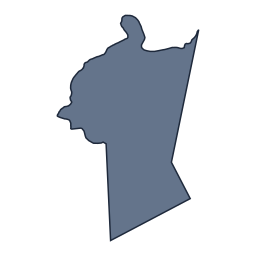 outline of Thomazo/Tournesse, Dennery, Saint Lucia
{"feature_id": "8701671B52938625502385", "entity_name": "Thomazo/Tournesse", "entity_type": "district", "adm_level": 2, "iso_a3": "LCA", "parent_name": "Saint Lucia", "parent_adm1": "Dennery", "projection": "mercator", "projection_center": [-60.947, 13.919], "detail": "fine", "context": "isolated", "style": "filled", "palette": "slate", "viewbox_px": 256, "rotation_deg": 0, "n_neighbors": 0, "source": "geoboundaries", "source_scale": "gbopen_adm2", "svg_char_len": 5147}
<svg xmlns="http://www.w3.org/2000/svg" viewBox="0 0 256 256"><path d="M73.5,77.9L73.2,78.4L73.1,78.5L73.0,78.8L72.8,79.1L72.6,79.6L72.5,79.8L72.4,80.1L72.1,80.6L72.0,80.9L72.0,81.1L71.8,81.4L71.7,81.7L71.6,81.8L71.6,82.1L71.4,82.3L71.3,82.6L71.3,82.8L71.1,83.4L70.9,84.3L70.9,84.5L70.8,84.9L70.8,85.0L70.7,85.4L70.7,85.7L70.7,85.9L70.6,88.2L70.7,88.5L70.7,88.8L70.8,89.0L70.9,89.4L70.9,89.6L71.0,89.9L71.0,90.0L71.4,90.9L71.5,91.3L71.6,91.5L71.6,91.8L71.7,92.0L71.7,93.1L71.6,93.5L71.6,93.8L71.5,94.1L71.5,94.4L71.4,94.7L71.4,94.9L71.2,95.2L71.2,95.4L71.1,95.7L70.9,96.1L70.6,96.4L70.5,96.6L70.4,96.8L70.2,97.0L70.1,97.3L70.1,97.5L70.2,98.0L70.2,98.3L70.2,98.6L70.3,98.8L70.3,99.0L70.4,99.4L70.5,99.7L70.5,99.9L70.6,100.2L70.8,100.4L71.0,100.8L71.2,101.0L71.3,101.2L71.4,101.5L71.6,101.7L71.7,102.1L71.7,102.3L71.4,102.7L71.3,103.0L71.0,103.4L70.8,103.7L70.7,104.0L70.4,104.3L70.2,104.5L69.6,105.0L69.3,105.2L69.1,105.5L68.8,105.6L68.5,105.9L68.3,105.9L68.0,106.0L67.6,106.1L67.3,106.2L67.1,106.3L66.7,106.4L66.1,106.5L65.9,106.5L65.4,106.6L65.1,106.6L64.7,106.7L64.5,106.8L64.3,106.8L64.0,107.0L63.6,107.4L63.1,107.8L62.5,108.3L62.3,108.3L62.1,108.6L61.6,108.8L61.4,109.1L61.2,109.2L60.9,109.4L60.7,109.5L60.5,110.0L60.3,110.2L60.2,110.4L60.1,110.7L59.9,111.0L59.7,111.2L59.5,111.4L59.3,111.6L59.1,111.9L59.0,112.1L59.0,112.3L58.8,112.6L58.7,112.8L58.6,113.2L58.3,113.7L58.2,113.9L57.8,114.3L57.6,114.6L57.6,114.8L57.5,115.0L57.5,115.3L57.3,115.7L57.3,115.9L57.4,116.1L57.7,116.3L58.0,116.4L58.2,116.6L58.5,116.7L58.7,116.8L58.9,116.9L59.1,117.0L59.6,117.2L59.9,117.3L60.1,117.4L60.3,117.5L60.6,117.6L60.8,117.6L61.0,117.7L61.2,117.8L61.7,117.9L62.0,118.0L62.5,118.2L63.0,118.3L63.7,118.6L63.9,118.6L64.3,118.7L64.5,118.8L64.8,118.9L65.6,118.9L66.0,118.9L66.2,119.0L66.6,119.1L67.0,119.2L67.5,119.3L67.8,119.4L68.3,119.6L68.5,119.7L68.8,119.8L69.0,119.9L69.1,120.0L69.3,120.1L69.5,120.2L69.7,120.6L69.9,121.0L70.2,121.7L70.4,122.1L70.5,122.3L70.5,122.6L70.7,123.0L70.8,123.2L70.8,123.8L70.8,124.1L70.8,125.7L70.8,125.9L70.9,126.4L70.9,128.2L70.8,128.6L71.7,129.1L77.2,128.5L80.8,128.1L82.1,128.6L84.1,131.2L85.3,136.0L86.0,137.9L88.8,140.6L93.4,143.2L97.9,143.3L101.2,143.0L103.1,142.1L106.1,143.8L110.6,240.5L190.2,198.6L171.4,162.3L185.3,94.7L198.7,29.7L198.2,30.4L197.3,31.6L196.8,33.6L195.9,35.6L194.5,37.5L191.9,39.8L191.2,41.7L190.3,43.0L188.9,43.5L187.7,43.7L186.3,43.5L185.1,44.2L184.4,46.2L184.3,47.6L182.9,48.2L182.1,48.5L180.4,48.4L177.7,47.6L176.2,47.4L172.1,47.5L168.7,48.5L164.9,49.5L163.0,49.8L158.5,50.7L154.6,51.4L150.1,51.4L147.0,50.8L144.2,50.0L142.4,48.5L141.5,47.2L141.5,44.9L142.5,43.0L144.0,40.3L144.6,39.0L144.9,37.4L143.8,34.1L141.9,29.4L141.1,26.5L139.1,22.4L139.0,21.9L137.6,19.9L135.5,17.7L132.3,16.0L130.1,15.5L125.3,15.4L122.8,16.9L122.0,18.1L121.8,20.9L121.4,22.0L120.6,23.3L121.3,25.5L121.9,26.7L122.9,27.6L124.3,30.1L125.8,31.8L126.6,32.9L127.8,34.9L127.9,37.4L127.3,38.3L124.7,39.3L123.9,39.9L120.2,41.7L119.3,42.1L119.1,42.3L118.9,42.4L118.7,42.5L118.3,42.7L118.1,42.8L117.8,42.9L117.6,43.0L117.4,43.1L117.2,43.1L116.8,43.3L116.6,43.4L116.4,43.5L116.1,43.6L115.9,43.7L115.7,43.8L115.4,44.0L115.2,44.0L114.7,44.3L114.6,44.5L114.3,44.6L114.1,44.7L113.9,44.8L113.7,44.9L113.3,45.1L113.1,45.1L112.8,45.2L112.6,45.3L112.4,45.5L112.1,45.7L111.9,45.8L111.6,46.0L111.4,46.1L111.1,46.2L110.8,46.3L110.6,46.5L110.4,46.6L110.2,46.7L110.1,46.8L109.8,47.0L109.7,47.1L109.4,47.4L109.1,47.5L108.9,47.5L108.7,47.6L108.4,47.7L108.2,47.9L108.1,48.0L107.9,48.2L107.8,48.3L107.6,48.5L107.4,48.8L107.3,49.0L107.2,49.1L107.1,49.4L107.0,49.5L106.9,49.7L106.7,50.0L106.6,50.3L106.5,50.5L106.4,50.7L106.3,51.0L106.2,51.2L106.1,51.5L105.9,51.8L105.8,52.0L105.7,52.2L105.5,52.5L105.4,52.7L105.2,52.9L105.1,53.1L105.0,53.3L104.8,53.5L104.7,53.7L104.5,53.8L104.4,53.9L104.3,54.1L104.2,54.2L104.0,54.4L103.8,54.5L103.5,54.6L103.3,54.6L103.1,54.7L102.9,54.7L102.7,54.8L102.4,54.8L102.2,54.9L102.0,55.0L101.8,55.1L101.6,55.2L101.4,55.3L101.1,55.4L101.0,55.5L100.8,55.6L100.6,55.7L100.4,55.7L100.2,55.8L99.9,55.9L99.7,56.0L99.3,56.2L99.1,56.3L98.9,56.3L98.5,56.5L98.4,56.5L98.2,56.5L97.8,56.6L97.6,56.6L97.4,56.7L97.1,56.8L96.9,56.8L96.4,57.0L96.2,57.1L95.9,57.2L95.6,57.4L95.3,57.5L95.0,57.6L94.8,57.7L94.6,57.8L94.4,57.9L94.2,58.0L93.8,58.1L93.6,58.2L93.5,58.3L93.3,58.4L93.0,58.5L92.8,58.7L92.6,58.7L92.4,58.8L92.1,58.9L91.9,59.0L91.7,59.0L91.2,59.1L90.6,59.4L90.3,59.5L90.0,59.6L89.8,59.8L89.7,59.9L89.5,60.0L89.4,60.1L89.1,60.3L89.0,60.5L88.9,60.6L88.5,60.9L88.3,61.1L88.1,61.3L87.9,61.6L87.6,61.9L86.5,62.3L85.2,62.7L84.6,63.5L84.2,64.1L84.1,64.6L84.1,65.1L84.1,65.6L84.0,65.8L84.0,66.0L83.9,66.4L83.8,66.7L83.6,67.3L83.4,67.6L83.4,67.8L83.2,67.9L83.2,68.2L83.0,68.4L82.8,68.5L82.6,68.8L82.4,69.0L82.2,69.3L82.0,69.5L81.6,69.8L81.4,70.0L81.1,70.2L80.7,70.4L80.5,70.6L80.3,70.6L80.0,70.8L79.5,71.0L79.2,71.2L79.0,71.3L78.8,71.5L78.6,71.7L78.4,71.9L78.2,72.1L78.1,72.3L77.8,72.6L77.6,72.8L77.4,73.1L77.0,73.5L76.8,73.9L76.6,74.0L76.4,74.2L76.2,74.4L76.1,74.6L75.9,74.8L75.7,75.1L75.4,75.4L75.3,75.6L75.1,75.8L74.8,76.2L74.6,76.5L74.4,76.7L74.2,76.9L74.0,77.2L73.7,77.6L73.5,77.9Z" fill="#64748b" stroke="#1e293b" stroke-width="1.5"/></svg>